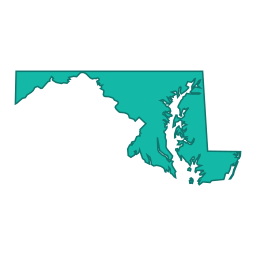 the State of Maryland
{"feature_id": "USA-3557", "entity_name": "Maryland", "entity_type": "State", "adm_level": 1, "iso_a3": "USA", "parent_name": "United States of America", "parent_adm1": "", "projection": "natural_earth1", "projection_center": [-76.6, 38.826], "detail": "fine", "context": "isolated", "style": "filled", "palette": "teal", "viewbox_px": 256, "rotation_deg": 0, "n_neighbors": 0, "source": "natural_earth", "source_scale": "10m", "svg_char_len": 5975}
<svg xmlns="http://www.w3.org/2000/svg" viewBox="0 0 256 256"><path d="M210.0,182.5L203.0,181.9L199.3,184.7L198.5,183.5L200.0,180.7L198.6,181.6L197.9,181.1L199.6,178.3L201.7,177.4L205.2,173.3L204.4,173.2L202.6,174.6L200.0,175.1L199.6,174.6L199.6,174.2L201.1,173.0L201.3,172.5L201.0,172.0L203.5,171.2L203.3,170.5L202.6,170.3L197.5,170.5L196.5,170.7L196.0,172.3L195.6,172.5L195.1,171.8L195.7,168.1L201.3,165.5L198.2,165.0L197.3,164.4L196.8,163.2L197.6,160.4L199.7,156.6L200.0,154.7L199.0,154.9L198.5,156.8L195.6,160.3L194.0,164.6L193.7,162.5L192.3,160.5L192.6,159.7L194.0,159.1L194.3,158.1L193.9,156.7L192.5,157.4L190.2,160.7L191.1,161.7L191.2,163.4L190.2,165.6L187.9,162.3L186.1,161.4L185.3,159.9L181.4,155.5L180.8,156.0L181.6,158.9L181.4,160.3L181.1,160.3L180.8,158.6L177.7,153.6L177.0,151.5L175.8,150.3L175.8,149.0L177.5,148.6L178.2,150.7L178.6,150.8L179.7,147.3L182.8,145.9L182.5,145.3L183.3,144.5L182.9,143.5L181.9,143.3L181.3,143.4L180.3,144.9L177.5,144.7L179.0,142.5L177.9,140.7L181.1,141.2L183.8,140.3L182.8,141.2L183.8,142.0L184.8,141.8L186.2,143.1L187.3,142.7L189.3,144.3L191.4,144.5L193.5,141.9L194.3,139.0L193.9,138.6L192.0,142.1L190.8,142.8L186.7,140.7L187.3,138.6L185.2,139.4L184.2,139.0L186.6,136.8L183.6,137.1L183.1,136.4L183.7,135.5L183.5,134.2L181.9,137.6L180.0,135.0L180.5,133.7L181.8,133.9L180.1,132.3L179.1,132.9L178.1,135.1L177.2,134.6L176.9,132.7L177.4,131.2L176.3,132.1L176.3,133.7L175.4,134.8L175.5,137.4L174.7,137.7L174.7,134.2L176.5,128.2L178.8,126.0L179.2,126.2L178.8,127.2L181.2,129.2L181.2,130.4L183.2,132.4L185.3,131.4L186.5,129.6L186.3,128.6L184.6,130.2L183.0,130.6L182.1,128.8L182.5,126.7L186.6,124.7L184.2,123.6L184.5,121.7L183.8,121.6L183.3,123.5L182.0,124.7L182.0,121.0L180.3,120.0L179.5,120.1L178.1,121.5L175.3,122.3L175.3,125.5L173.0,127.0L173.9,120.2L176.0,115.1L177.0,115.2L177.5,117.6L181.0,118.6L182.0,118.3L184.3,116.4L184.5,115.1L183.5,113.4L185.2,113.0L184.8,112.5L188.7,107.7L185.4,109.5L184.1,109.1L184.8,108.2L183.1,109.1L181.2,113.7L181.6,116.0L181.0,116.1L179.7,114.9L180.3,113.3L180.0,110.7L179.7,108.9L178.1,107.4L178.1,106.3L181.2,100.4L182.8,98.7L183.1,96.9L185.2,96.0L186.6,93.4L190.5,94.0L199.0,94.1L200.1,93.4L198.8,92.9L191.6,92.9L190.2,92.1L193.2,88.4L195.2,86.9L200.1,87.8L197.8,85.8L197.3,84.8L199.4,82.9L200.4,80.0L199.2,80.4L196.7,83.9L191.9,88.3L191.9,86.2L194.2,82.3L195.2,78.7L194.4,78.9L193.0,81.0L191.5,82.2L187.7,81.6L185.8,85.6L188.6,87.2L188.5,88.0L185.7,90.9L181.3,93.9L180.5,93.0L180.3,91.8L181.0,87.4L180.2,86.9L179.1,88.2L178.4,93.0L179.4,95.2L177.6,97.3L177.2,94.3L176.2,91.5L175.5,91.1L171.6,92.1L174.9,93.6L174.8,94.7L175.1,94.7L173.0,96.0L173.2,97.1L170.4,96.5L170.1,96.8L172.2,99.8L171.6,100.7L169.5,98.2L167.5,97.3L169.3,100.7L170.6,101.9L171.8,101.9L169.2,104.6L169.4,103.2L168.9,103.0L168.2,103.8L166.8,103.8L167.0,102.6L163.0,99.6L160.4,100.5L163.1,101.5L163.4,103.3L164.8,103.6L165.7,105.8L166.9,106.7L167.6,106.4L170.0,108.7L170.7,111.3L170.0,112.7L169.5,111.3L168.9,111.2L166.8,112.0L165.7,111.5L165.8,112.2L171.2,114.6L172.0,115.4L171.8,116.1L169.4,116.6L168.9,117.7L166.0,115.6L164.0,112.1L163.1,112.8L163.0,114.5L164.4,115.0L167.3,117.8L168.2,119.9L169.0,120.5L168.4,121.2L168.7,122.5L166.6,121.6L165.3,120.1L163.7,119.6L163.2,120.0L164.9,120.9L167.0,123.4L166.8,124.6L164.7,123.8L165.4,125.2L164.7,126.0L165.0,127.2L167.0,126.8L166.9,128.0L165.1,130.7L164.0,131.2L164.1,132.5L165.5,134.4L165.1,137.5L166.2,140.5L166.0,146.9L166.9,148.9L172.6,156.0L172.1,157.9L170.7,160.0L169.0,159.8L168.1,159.1L168.2,157.3L167.5,155.5L164.5,154.4L159.7,150.3L157.4,137.3L157.8,149.5L158.7,151.8L160.6,153.5L162.3,155.1L166.1,157.0L167.0,159.4L169.2,161.8L171.4,160.8L173.1,161.4L171.9,163.4L172.1,164.8L172.4,166.0L175.8,171.6L174.8,172.7L175.6,177.6L174.2,176.7L171.9,173.8L171.0,173.5L170.0,172.0L170.4,170.3L170.0,168.3L168.9,167.2L169.3,169.2L168.2,171.5L166.4,169.8L165.8,172.0L165.1,171.6L164.2,168.7L163.4,167.8L160.7,166.2L156.6,165.3L153.7,165.9L151.2,164.3L151.3,162.8L150.0,157.3L147.3,155.1L149.0,159.4L149.4,164.0L145.2,161.9L145.1,160.4L142.6,158.5L139.6,149.8L139.3,151.5L138.2,153.2L136.4,154.4L135.9,154.3L136.2,151.1L135.8,150.7L134.4,151.6L135.5,152.9L134.4,155.1L130.9,157.3L128.2,155.4L127.7,149.0L129.7,145.0L131.8,145.1L132.7,143.8L130.8,144.5L131.9,142.0L134.8,141.2L136.7,136.7L138.9,135.9L140.6,136.1L139.5,135.5L140.0,133.4L140.7,133.2L139.8,131.8L140.3,130.2L140.1,129.5L145.9,123.7L139.1,117.2L135.2,121.1L133.8,119.2L129.4,117.8L128.6,115.1L127.5,113.9L124.4,112.7L119.9,112.3L118.7,111.6L116.2,109.1L115.2,107.3L115.6,106.2L118.0,103.8L118.2,102.5L117.7,101.5L114.5,100.1L113.0,98.0L108.6,96.6L105.1,96.5L104.0,96.0L103.3,94.7L103.9,91.2L103.5,90.2L100.5,88.6L101.6,87.8L101.3,86.3L102.3,85.2L99.8,85.5L99.2,84.8L99.7,83.5L98.9,82.6L97.8,84.3L96.8,81.3L99.0,80.2L99.2,79.2L98.5,78.2L97.3,77.9L96.1,78.7L94.7,78.3L92.3,78.9L90.2,77.8L86.4,74.0L84.1,72.6L81.5,72.4L80.0,73.1L76.6,76.7L73.6,76.3L68.8,77.4L70.2,79.3L67.7,79.8L67.6,80.7L68.8,81.4L67.0,83.2L63.4,82.7L61.5,83.5L56.2,82.4L52.9,80.4L52.4,79.3L53.4,78.3L51.6,76.6L49.7,79.5L49.9,81.0L47.8,81.8L42.2,88.2L40.9,88.4L37.7,86.4L34.9,87.4L33.2,90.4L31.2,92.3L27.2,94.8L25.3,97.6L22.4,98.3L16.7,103.2L15.4,103.9L16.1,71.3L202.6,71.3L207.6,151.2L238.6,151.6L238.7,152.0L238.3,153.0L236.9,152.6L237.9,154.5L237.6,155.3L234.5,153.9L233.8,154.5L236.2,155.4L236.5,156.8L235.8,157.3L237.8,157.4L238.1,159.1L234.6,165.5L232.9,165.6L233.4,163.8L231.1,165.2L229.9,169.7L228.2,173.3L226.4,172.9L224.9,174.6L225.1,175.2L223.8,179.4L211.6,180.6L210.0,182.5ZM229.6,178.9L232.8,173.8L233.8,169.7L237.1,162.6L238.2,161.2L234.3,171.0L233.3,174.7L230.6,178.8L229.6,178.9ZM192.4,183.3L191.0,182.8L191.2,183.2L189.9,183.3L189.5,180.7L190.6,180.4L191.4,180.9L192.0,180.3L190.1,179.0L190.1,178.5L191.2,177.9L192.8,179.2L193.1,180.8L192.4,183.3ZM190.4,170.9L187.8,170.2L188.1,168.8L189.6,167.7L190.9,169.0L190.4,170.9ZM240.6,151.6L240.3,155.8L238.9,159.0L239.9,151.6L240.6,151.6Z" fill="#14b8a6" stroke="#0f766e" stroke-width="1.5"/></svg>